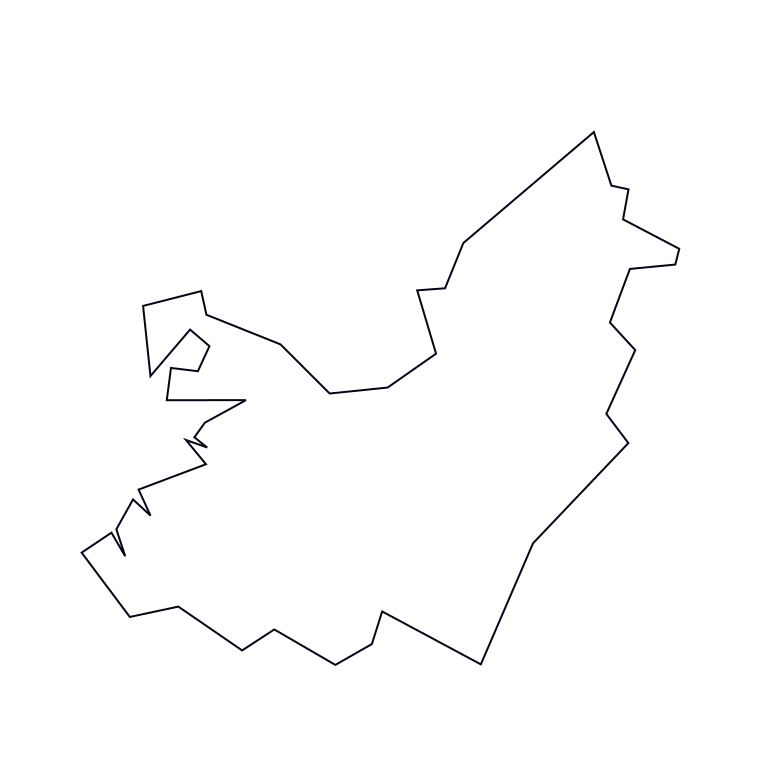 outline of Valle del Cauca, rotated 12°
{"feature_id": "COL-1408", "entity_name": "Valle del Cauca", "entity_type": "Department", "adm_level": 1, "iso_a3": "COL", "parent_name": "Colombia", "parent_adm1": "", "projection": "mercator", "projection_center": [-76.797, 4.064], "detail": "coarse", "context": "isolated", "style": "outline", "palette": "ink", "viewbox_px": 768, "rotation_deg": 12, "n_neighbors": 0, "source": "natural_earth", "source_scale": "10m", "svg_char_len": 764}
<svg xmlns="http://www.w3.org/2000/svg" viewBox="0 0 768 768"><g transform="rotate(12 384 384)"><path d="M123.3,611.8L148.3,586.1L166.7,606.3L152.4,581.8L162.5,549.1L183.0,561.3L165.9,538.3L226.5,499.5L201.9,479.9L224.3,482.9L209.6,475.5L216.9,459.0L252.3,428.5L174.9,445.0L172.3,412.6L199.3,410.2L205.4,383.3L183.0,371.1L153.9,424.8L132.1,357.7L185.9,331.1L195.9,353.2L274.6,366.8L332.8,404.6L388.3,386.7L428.6,343.5L397.0,285.5L423.8,277.7L432.3,229.6L536.9,93.9L565.2,142.7L582.7,142.8L583.6,173.3L644.7,190.4L644.1,206.6L600.6,220.3L592.2,276.9L622.7,298.6L607.7,367.0L635.3,391.0L562.9,508.8L537.0,638.1L429.5,606.9L426.2,640.9L394.8,668.9L327.7,646.9L300.6,674.1L229.1,644.5L183.8,664.7L123.3,611.8Z" fill="none" stroke="#020617" stroke-width="2"/></g></svg>